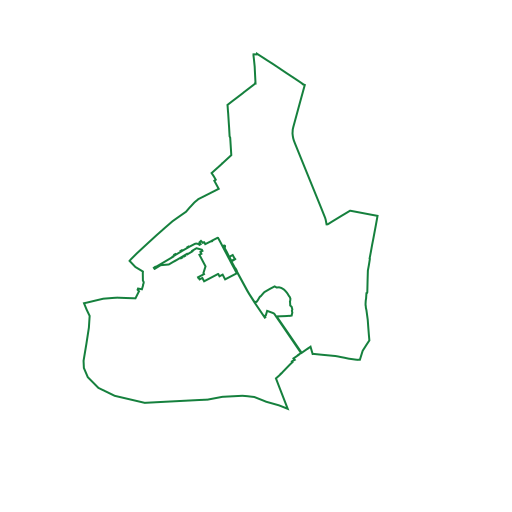 Chiscani, Braila, Romania, rotated 114°
{"feature_id": "2599482B97827477335554", "entity_name": "Chiscani", "entity_type": "district", "adm_level": 2, "iso_a3": "ROU", "parent_name": "Romania", "parent_adm1": "Braila", "projection": "orthographic", "projection_center": [27.902, 45.204], "detail": "fine", "context": "isolated", "style": "outline", "palette": "green", "viewbox_px": 512, "rotation_deg": 114, "n_neighbors": 0, "source": "geoboundaries", "source_scale": "gbopen_adm2", "svg_char_len": 5221}
<svg xmlns="http://www.w3.org/2000/svg" viewBox="0 0 512 512"><g transform="rotate(114 256 256)"><path d="M369.1,393.9L373.9,388.9L378.4,383.6L389.5,379.5L405.3,375.2L421.9,370.9L425.1,369.3L428.3,367.7L435.1,360.4L440.6,346.3L441.2,328.2L435.4,297.9L428.3,284.0L410.8,249.6L406.9,241.8L402.6,235.6L398.3,229.4L389.9,212.9L389.2,211.5L387.5,206.6L386.9,204.6L385.5,200.2L385.1,190.8L385.0,187.4L383.1,174.4L383.0,172.4L382.7,164.9L380.1,167.5L365.2,182.5L359.7,188.0L355.6,186.1L353.4,185.2L353.3,185.4L351.9,184.6L351.3,184.5L345.0,182.2L341.2,180.8L338.1,179.5L337.7,180.3L336.7,179.7L335.1,178.4L334.3,180.1L329.3,177.0L329.2,177.2L326.3,175.4L309.1,203.2L303.0,213.2L301.4,215.7L301.2,216.6L301.2,217.6L301.3,219.2L301.5,222.2L301.6,223.5L306.2,222.9L307.2,223.8L307.4,223.7L308.1,222.6L308.7,222.9L299.0,238.5L293.5,246.8L291.4,249.8L278.9,266.1L275.3,270.8L273.5,273.3L270.6,277.0L268.8,279.2L269.3,279.6L272.6,275.5L273.7,274.1L276.3,270.7L276.8,270.0L276.9,269.9L277.2,269.6L279.6,266.5L289.9,274.7L286.6,278.9L289.4,281.1L287.8,283.1L287.8,283.3L300.2,293.1L297.9,296.1L300.3,298.0L299.3,299.4L299.3,299.5L299.5,299.7L299.0,300.3L293.7,296.1L292.9,297.1L286.0,297.9L277.9,308.2L276.2,306.8L274.9,308.4L273.1,307.0L272.3,308.0L273.1,313.5L277.2,316.4L277.6,316.0L282.4,319.4L282.1,319.9L284.2,321.4L284.7,320.8L285.7,321.5L285.2,322.1L287.2,323.5L287.7,322.9L288.6,323.6L288.2,324.2L293.4,327.9L293.3,328.0L299.2,332.2L303.2,339.4L308.9,343.3L309.0,343.4L308.5,344.2L308.3,344.5L307.8,344.2L307.1,343.8L307.3,343.5L301.9,339.6L290.5,331.5L290.3,331.8L288.5,330.5L288.0,331.2L287.0,330.4L287.4,329.8L282.4,326.2L282.0,326.9L280.9,326.1L281.3,325.5L276.1,321.7L275.8,322.2L274.9,321.6L275.2,321.1L269.8,316.8L269.1,315.9L268.8,315.2L268.7,314.7L268.6,314.1L268.5,313.5L268.6,312.9L268.7,312.4L268.8,312.2L267.7,311.4L266.5,313.2L264.6,312.4L265.6,309.9L264.5,309.1L264.7,308.6L265.8,307.2L260.6,302.9L260.6,302.4L260.4,302.2L260.3,302.3L259.9,302.2L259.7,302.3L255.0,298.5L254.9,298.0L256.5,295.9L258.2,293.7L264.0,286.4L266.1,283.7L268.5,280.7L268.0,280.3L265.3,283.6L263.1,286.2L261.9,287.9L260.1,290.2L259.8,289.7L259.5,289.5L259.4,289.4L259.3,289.2L259.3,288.7L259.4,288.4L259.6,288.3L260.0,288.1L260.6,288.0L261.2,287.9L261.5,287.8L261.8,287.5L264.3,284.2L266.9,281.1L267.7,280.1L264.6,277.7L266.5,275.2L266.7,274.9L266.9,274.5L267.0,274.3L267.2,274.5L267.5,274.1L267.6,273.9L268.0,274.2L268.9,274.8L269.3,275.1L269.1,275.4L269.2,275.5L269.3,275.6L269.5,275.9L269.7,276.1L269.9,276.3L270.1,276.1L270.4,276.4L269.6,277.6L269.1,278.2L268.8,278.6L268.5,278.9L268.6,279.1L272.5,274.2L274.1,272.1L275.3,270.6L275.5,270.1L275.7,269.6L276.0,269.2L276.9,268.0L277.6,267.3L278.1,266.9L278.8,266.0L291.2,249.8L293.5,246.6L298.8,238.4L297.9,237.5L297.8,237.3L297.7,237.0L297.7,236.9L297.3,236.8L297.2,236.7L295.8,236.4L291.6,235.9L291.5,235.7L291.3,235.6L290.8,235.3L287.8,234.4L285.9,233.8L285.0,233.3L284.8,233.1L283.4,232.1L280.1,229.7L276.2,226.6L276.4,224.3L275.6,222.9L275.2,222.1L274.9,219.9L275.0,218.8L275.2,217.3L275.3,216.7L276.0,214.9L277.0,212.8L277.8,211.5L278.6,210.4L279.2,209.5L279.7,208.5L281.0,207.2L283.1,206.5L283.7,206.5L285.1,205.7L287.3,204.6L287.9,202.8L290.0,201.1L291.5,200.9L292.9,199.8L295.1,199.4L295.9,199.2L297.0,200.8L297.3,201.6L298.8,204.4L302.8,212.6L311.7,198.0L325.9,174.9L319.2,170.9L319.3,170.8L316.7,169.3L322.5,164.4L322.0,163.5L319.8,156.8L318.8,153.8L316.3,146.4L315.5,144.0L315.3,143.5L315.0,142.5L314.4,140.1L313.8,137.3L313.0,134.0L312.1,129.6L310.0,122.4L309.6,121.2L308.5,118.9L300.1,119.9L299.1,120.0L294.5,119.3L292.4,119.0L287.0,118.1L281.6,121.1L275.9,124.2L268.8,128.0L260.7,133.0L258.7,134.5L256.7,135.6L256.4,135.9L254.8,136.6L252.4,137.5L251.1,137.9L250.2,138.1L245.0,140.0L244.5,139.5L243.8,139.6L231.8,144.6L225.2,147.3L223.7,147.9L218.7,149.1L212.3,150.8L212.1,151.2L205.7,152.7L198.4,154.5L192.7,155.8L180.1,158.8L170.3,161.2L169.9,161.3L171.8,169.2L173.7,177.3L176.3,188.3L176.4,188.5L183.1,193.2L183.2,193.3L188.7,197.1L194.2,200.9L196.8,202.6L197.9,203.4L198.4,204.4L195.5,206.4L194.4,207.2L193.0,208.4L185.6,216.0L155.5,247.3L137.2,266.3L135.1,268.4L133.3,269.9L131.4,271.2L129.2,272.5L127.3,273.2L125.5,273.9L122.9,274.4L97.7,278.3L83.2,280.5L79.9,281.0L79.9,281.4L80.1,282.6L80.1,283.1L79.8,283.2L78.9,288.1L76.5,302.6L73.8,318.0L72.7,325.4L70.8,337.5L71.5,337.3L72.8,340.3L73.6,340.0L78.0,337.4L83.6,334.2L86.6,332.7L98.6,326.6L98.8,327.1L99.1,327.0L111.4,333.7L112.5,334.2L124.7,340.9L129.6,343.5L130.8,342.8L135.5,340.3L136.9,339.5L143.0,336.3L145.1,335.2L149.8,332.7L157.4,328.8L158.4,327.7L173.9,319.6L184.8,324.3L185.1,324.5L185.2,324.4L198.3,330.3L200.5,326.8L202.7,323.8L204.2,324.7L209.8,317.4L227.6,331.9L228.4,332.2L231.1,333.6L232.5,334.2L237.0,335.7L238.6,336.3L244.0,337.9L253.3,343.5L258.2,346.4L267.6,350.8L276.8,355.0L287.8,359.8L302.0,365.9L309.8,368.9L310.1,369.0L311.9,369.5L315.1,361.7L315.9,355.3L316.2,353.0L317.8,352.4L324.5,349.3L325.1,348.4L325.6,348.0L326.2,347.7L326.9,347.6L327.7,347.5L328.2,347.5L328.8,347.2L332.8,346.7L333.7,350.5L335.0,350.4L335.8,348.5L337.0,348.6L343.7,348.9L347.1,357.3L350.5,365.8L352.1,368.9L357.1,378.1L362.2,384.8L367.5,391.7L369.1,393.9Z" fill="none" stroke="#15803d" stroke-width="2"/></g></svg>